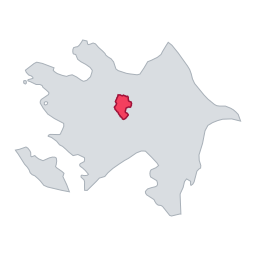 location of Agdash District, Ağdaş, Azerbaijan
{"feature_id": "54616110B75800990015815", "entity_name": "Agdash District", "entity_type": "district", "adm_level": 2, "iso_a3": "AZE", "parent_name": "Azerbaijan", "parent_adm1": "Ağdaş", "projection": "natural_earth1", "projection_center": [47.449, 40.556], "detail": "fine", "context": "in_parent", "style": "filled", "palette": "rose", "viewbox_px": 256, "rotation_deg": 0, "n_neighbors": 0, "source": "geoboundaries", "source_scale": "gbopen_adm2", "svg_char_len": 4720}
<svg xmlns="http://www.w3.org/2000/svg" viewBox="0 0 256 256"><path d="M180.9,214.1L179.8,214.0L171.5,216.0L169.7,215.4L162.6,206.5L161.1,205.5L158.1,205.1L156.3,203.7L154.8,201.3L154.0,199.6L146.6,194.8L145.5,193.0L145.4,191.5L146.5,190.1L147.7,188.9L151.3,187.7L155.4,186.7L156.8,185.9L157.5,184.7L157.4,182.6L156.7,180.6L150.7,177.0L150.1,175.4L149.9,173.4L150.2,171.4L151.1,169.8L156.0,167.7L158.6,165.5L157.0,163.0L151.7,157.3L145.4,151.1L141.3,151.0L136.4,152.9L128.7,158.2L124.5,160.5L118.9,164.2L112.9,168.4L107.9,172.8L104.8,176.5L99.3,178.1L96.5,181.2L87.2,190.4L84.6,190.3L84.5,185.7L84.6,182.1L84.1,180.0L81.1,177.2L81.0,175.9L81.8,175.1L84.1,175.6L87.1,175.4L88.5,174.3L85.3,170.5L82.6,168.0L80.2,166.3L79.7,165.3L79.7,164.6L80.2,163.7L84.2,161.6L84.6,159.7L84.4,157.6L77.9,154.5L73.1,155.6L68.8,152.1L66.0,149.4L62.6,146.4L59.5,144.8L56.6,141.2L51.4,137.4L48.2,136.3L48.2,135.7L48.8,135.0L50.2,134.4L59.4,134.6L60.5,133.9L61.1,132.3L62.3,129.9L63.8,126.3L63.7,123.4L54.5,118.6L47.9,114.2L43.3,108.3L40.2,103.0L40.3,101.2L41.2,99.5L48.4,94.6L48.9,93.4L48.8,92.5L46.2,90.0L43.0,87.4L42.1,85.5L40.0,84.5L36.2,84.5L29.5,81.3L28.1,81.0L27.8,80.4L28.1,79.7L32.9,78.4L32.9,77.4L31.4,76.0L28.7,75.0L26.3,72.4L25.4,70.2L34.1,63.5L36.7,62.2L42.3,63.4L54.0,67.8L53.2,70.3L54.4,71.6L57.1,73.5L62.3,75.4L66.6,76.4L68.8,75.5L72.2,74.8L76.6,77.0L80.6,79.8L82.6,80.9L83.7,81.3L86.8,80.3L90.5,76.8L91.9,72.4L92.3,70.4L90.2,67.5L85.8,64.4L80.8,61.7L77.7,59.3L75.7,54.5L73.6,54.0L73.1,53.4L72.8,51.8L72.9,49.5L73.6,47.7L75.6,47.0L77.6,46.7L79.4,45.1L81.7,41.8L82.7,40.0L87.0,41.0L87.6,44.0L88.4,44.6L90.1,44.2L93.1,43.0L95.5,43.9L98.5,47.4L102.7,51.1L105.0,53.5L105.9,55.2L108.0,56.9L111.1,58.8L113.6,61.9L115.9,68.9L118.1,70.6L126.3,73.3L129.1,73.8L137.1,74.8L139.9,74.1L144.0,68.0L147.7,61.7L151.1,60.4L157.3,57.4L161.0,54.5L162.6,51.4L166.1,45.6L168.2,42.3L171.9,45.2L178.3,53.1L187.5,66.0L189.7,69.6L191.2,73.8L192.5,79.0L194.6,83.5L203.9,94.9L207.9,99.1L214.5,104.5L216.8,105.7L219.8,106.1L225.4,106.1L230.6,108.2L233.2,109.7L235.8,111.9L238.2,114.4L240.6,121.1L231.7,118.9L222.7,119.2L217.6,120.6L212.6,122.6L207.9,125.4L205.0,130.8L202.6,143.2L199.0,154.9L199.2,160.3L200.8,165.5L200.6,168.0L199.0,169.0L196.9,171.2L194.1,181.9L192.8,184.1L191.0,185.4L190.5,184.2L190.6,181.3L186.6,178.9L184.5,181.6L183.1,187.5L180.2,193.8L180.1,194.9L180.9,214.1ZM47.3,104.1L47.7,102.5L46.6,101.7L45.4,101.7L44.3,102.5L44.3,104.6L45.7,105.0L47.3,104.1ZM17.3,152.8L16.0,151.1L15.4,150.1L19.4,149.3L26.0,147.0L27.8,148.1L29.7,150.5L30.7,152.5L30.8,156.2L31.6,156.8L34.8,155.6L36.3,157.1L38.7,158.9L43.0,160.7L49.3,157.9L52.4,157.1L54.9,157.2L56.3,158.1L56.7,161.0L56.2,164.6L55.5,166.5L56.8,167.9L61.9,171.4L64.0,173.3L62.9,176.6L66.7,184.7L67.9,187.9L69.4,191.8L61.6,190.3L47.6,187.0L43.8,185.3L40.2,180.8L38.0,178.6L34.8,175.8L32.2,174.7L30.2,172.8L29.1,169.9L27.4,167.3L24.6,164.2L18.1,153.9L17.3,152.8ZM26.2,83.4L25.4,84.0L24.0,83.4L23.6,82.1L23.8,80.8L25.1,80.5L26.1,80.9L26.4,82.1L26.2,83.4Z" fill="#d9dde1" stroke="#a8b0b8" stroke-width="1"/><path d="M127.6,96.3L127.1,96.3L126.7,96.3L126.3,96.6L125.8,96.4L125.4,95.9L124.9,95.8L124.3,95.7L123.9,95.3L123.4,95.1L123.2,95.2L122.9,95.6L122.4,95.8L121.9,95.7L121.4,95.5L120.8,95.3L120.2,94.9L119.6,94.9L118.7,95.0L118.1,94.8L118.0,95.0L118.0,95.5L117.8,95.9L117.8,96.5L117.5,96.9L117.3,97.2L117.1,97.6L116.8,98.0L116.7,98.8L116.4,99.4L115.9,100.3L115.7,101.0L115.4,101.6L116.1,102.8L116.3,102.9L116.6,103.6L116.4,104.0L116.2,104.7L115.9,105.2L115.6,105.7L115.1,106.1L114.9,106.4L114.6,106.7L114.6,106.8L114.5,107.1L114.4,107.2L114.7,107.5L114.8,108.2L115.0,108.8L115.1,109.4L115.5,109.8L116.1,110.3L116.5,110.7L116.7,111.3L117.2,111.8L117.9,112.2L118.3,112.8L118.4,113.6L118.9,114.2L119.1,114.6L119.7,115.3L120.2,115.7L120.2,116.5L120.7,116.9L121.3,117.0L121.7,117.5L121.8,117.6L122.1,118.1L122.2,118.4L122.5,119.0L123.2,119.2L123.6,119.4L124.1,119.2L124.8,118.8L125.1,118.6L125.6,118.4L125.8,118.1L126.2,117.6L126.5,117.2L126.9,116.8L127.2,116.5L127.4,116.2L127.7,115.7L128.2,115.2L128.2,114.6L128.1,114.4L127.6,113.9L127.4,113.6L127.0,113.1L126.4,112.9L125.9,112.7L125.4,112.2L125.3,111.8L125.3,111.2L125.4,110.7L125.6,110.2L125.7,109.7L125.8,109.2L126.0,108.5L126.1,108.1L126.4,107.9L127.1,107.5L127.7,107.5L128.2,107.1L128.8,106.9L129.4,107.0L129.7,107.2L130.0,107.3L130.6,107.0L130.8,106.5L131.1,105.8L131.4,105.2L131.3,104.3L131.5,103.9L131.6,103.6L131.5,103.2L131.1,102.2L131.0,101.9L130.7,101.9L130.3,101.8L130.0,101.6L129.5,101.4L129.2,101.3L128.9,101.0L128.6,100.9L128.5,100.7L128.4,100.4L128.5,100.0L128.4,99.6L128.3,99.1L128.2,98.7L128.2,98.3L128.3,97.8L128.2,97.4L128.1,97.0L127.9,96.7L127.7,96.5L127.6,96.3Z" fill="#f43f5e" stroke="#9f1239" stroke-width="1.5"/></svg>